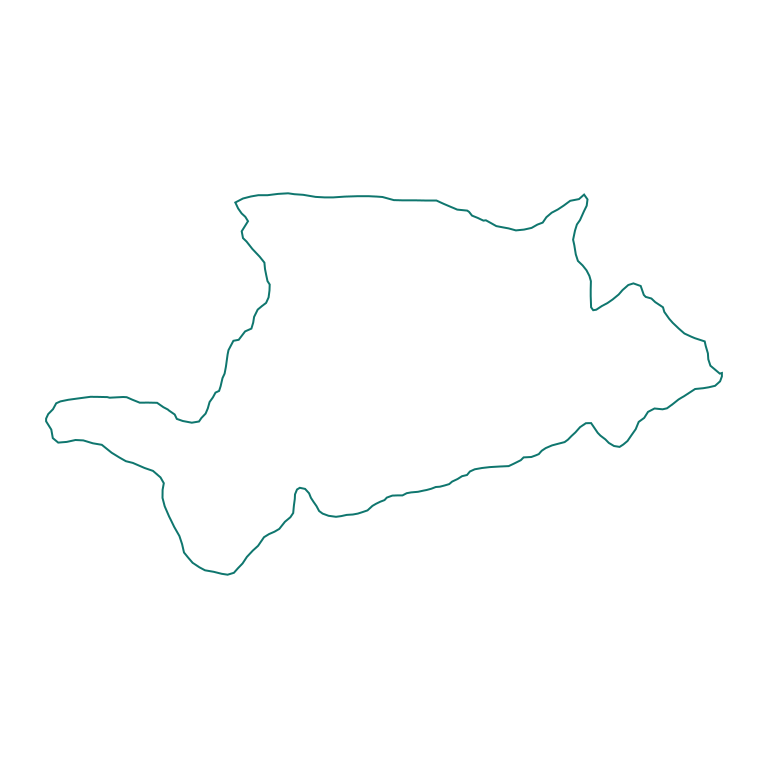 outline of Kalbajar District, Kəlbəcər, Azerbaijan
{"feature_id": "54616110B37358032697149", "entity_name": "Kalbajar District", "entity_type": "district", "adm_level": 2, "iso_a3": "AZE", "parent_name": "Azerbaijan", "parent_adm1": "Kəlbəcər", "projection": "albers", "projection_center": [46.209, 40.052], "detail": "fine", "context": "isolated", "style": "outline", "palette": "teal", "viewbox_px": 768, "rotation_deg": 0, "n_neighbors": 0, "source": "geoboundaries", "source_scale": "gbopen_adm2", "svg_char_len": 3770}
<svg xmlns="http://www.w3.org/2000/svg" viewBox="0 0 768 768"><path d="M469.1,211.9L467.2,210.6L457.2,209.6L453.5,208.0L451.3,207.1L443.8,203.9L440.5,202.4L436.4,200.5L426.2,200.5L424.4,200.5L413.5,200.3L401.4,200.3L393.8,200.1L382.5,197.0L375.6,196.5L374.9,196.5L368.8,196.2L357.5,196.2L345.0,196.6L333.2,197.4L324.7,197.4L315.6,196.9L303.1,194.8L294.3,194.2L288.1,193.3L278.0,193.9L267.5,195.2L258.3,195.2L250.8,196.5L243.0,198.5L235.3,202.5L236.0,203.9L238.1,208.4L241.6,213.4L245.3,216.8L248.0,221.2L244.2,227.3L241.7,231.3L243.0,238.1L246.5,241.5L252.4,249.0L259.6,256.6L264.4,262.6L265.0,269.0L266.3,275.5L267.5,281.1L269.7,284.5L269.5,290.4L268.6,297.4L266.1,302.9L261.9,306.1L257.7,309.6L254.1,316.9L253.2,322.6L251.4,328.6L245.1,331.4L238.7,339.8L233.4,340.8L228.5,350.1L227.6,354.5L225.9,366.8L224.6,373.6L222.5,378.1L220.6,386.3L219.1,390.9L215.5,392.6L212.9,397.4L209.6,402.0L207.8,408.4L205.6,413.6L201.4,418.0L199.0,421.5L191.8,422.7L182.8,421.0L176.8,418.9L174.7,414.5L168.8,410.4L167.8,409.5L163.4,407.2L157.1,402.8L147.5,402.6L139.8,402.7L132.1,399.6L126.7,397.2L123.1,397.0L109.6,397.7L107.3,397.1L98.2,396.9L90.5,396.8L77.7,398.5L68.2,399.8L60.4,401.4L56.2,403.3L53.0,409.2L48.2,414.1L46.1,418.6L46.1,421.3L51.3,429.6L52.8,438.1L58.2,442.6L66.8,441.9L75.5,440.0L83.3,440.4L92.9,443.3L101.8,444.8L111.6,452.7L119.4,457.5L125.9,461.2L132.8,462.9L144.6,468.0L153.0,470.9L160.5,477.4L163.8,483.2L162.6,489.8L162.5,497.9L164.7,506.3L169.1,516.5L171.1,520.5L174.2,526.9L179.4,536.0L182.1,544.2L184.0,552.5L187.9,557.3L192.6,562.8L199.4,567.3L205.0,570.3L213.7,571.8L221.7,573.8L227.6,574.7L232.6,573.2L233.9,572.8L237.9,568.3L242.6,563.4L246.9,556.9L252.9,550.5L258.1,545.8L264.0,537.2L269.0,534.1L274.5,531.7L279.3,528.9L284.9,521.8L290.4,517.2L293.2,513.0L293.9,505.6L294.8,498.9L295.0,494.4L297.0,489.5L299.8,487.8L305.1,488.9L309.1,493.3L310.9,497.8L313.5,501.8L316.5,506.1L319.1,511.0L322.6,513.6L328.6,515.8L336.0,516.8L341.2,516.1L346.7,514.9L352.9,514.5L357.8,513.6L362.2,512.2L367.5,510.4L372.4,505.9L376.0,503.8L380.3,501.7L384.5,500.1L386.8,497.6L392.3,495.6L397.6,495.4L402.5,495.4L406.7,493.2L411.1,492.4L418.0,491.8L423.5,490.6L426.6,490.0L431.4,488.7L435.8,487.0L439.9,486.7L444.5,485.5L449.2,484.1L452.1,481.6L457.6,479.0L462.0,476.2L467.0,475.0L469.9,471.5L474.7,469.3L482.0,468.0L489.8,467.1L499.9,466.5L508.7,466.1L514.0,463.6L520.8,460.2L523.6,457.4L531.3,457.0L535.7,455.4L538.8,454.1L540.5,452.1L541.8,450.7L545.7,448.1L552.0,445.4L558.4,443.7L564.6,442.1L567.9,439.7L571.4,436.1L575.4,432.4L580.1,427.1L585.9,423.2L591.1,423.1L593.9,427.2L597.7,432.8L600.4,435.6L605.4,439.4L608.8,442.9L614.0,446.0L619.6,446.9L623.3,444.5L627.5,441.0L631.4,435.3L635.7,429.2L638.7,421.9L644.2,417.9L648.0,411.9L654.5,408.5L662.6,409.3L667.0,408.3L673.0,403.9L678.5,399.5L681.6,397.6L683.9,396.3L695.1,389.0L703.3,388.2L708.7,387.3L715.1,385.8L720.1,381.3L721.9,376.4L721.9,373.0L719.8,373.6L716.7,371.0L710.4,365.7L708.3,359.3L707.9,353.4L705.7,345.9L704.7,341.4L694.9,338.2L691.3,336.7L684.4,333.5L678.7,328.5L672.8,322.9L669.2,318.8L664.3,311.9L663.0,307.3L655.2,302.1L651.4,298.5L645.7,296.9L643.8,294.9L640.7,286.0L633.4,283.4L628.3,285.0L622.5,290.1L618.7,294.5L612.6,299.5L607.4,303.1L601.9,306.0L596.3,309.7L593.2,310.2L591.1,307.3L590.7,296.1L590.7,289.6L590.9,281.2L589.4,275.9L586.5,270.3L582.6,265.4L577.9,260.9L575.8,254.4L574.3,245.2L573.1,239.7L575.0,230.6L576.9,224.5L580.0,220.1L583.9,211.4L586.7,205.7L587.5,199.4L584.1,194.6L583.4,195.2L579.0,199.1L570.2,200.8L563.7,205.6L557.8,209.5L551.7,212.7L546.4,217.2L542.7,222.6L537.4,224.6L531.6,227.9L524.0,229.6L515.9,230.4L508.6,228.4L503.1,227.4L496.3,226.1L491.0,223.1L485.9,220.3L483.4,220.6L477.7,217.9L472.0,215.6L469.1,211.9Z" fill="none" stroke="#0f766e" stroke-width="2"/></svg>